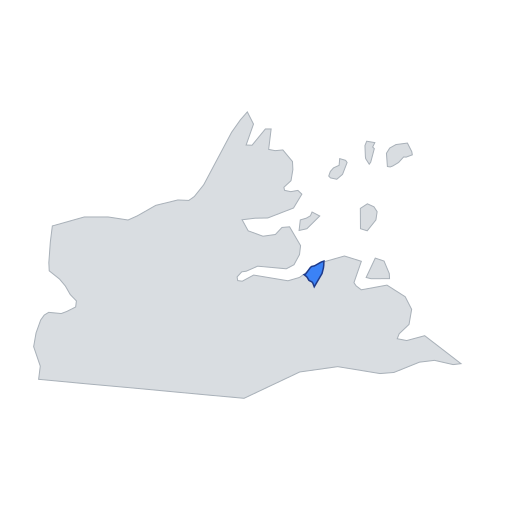 Bissau highlighted on a map of Guinea-Bissau, rotated 185°
{"feature_id": "GNB-769", "entity_name": "Bissau", "entity_type": "Autonomous Sector", "adm_level": 1, "iso_a3": "GNB", "parent_name": "Guinea-Bissau", "parent_adm1": "", "projection": "natural_earth1", "projection_center": [-15.605, 11.885], "detail": "fine", "context": "in_parent", "style": "filled", "palette": "blue", "viewbox_px": 512, "rotation_deg": 185, "n_neighbors": 0, "source": "natural_earth", "source_scale": "10m", "svg_char_len": 2329}
<svg xmlns="http://www.w3.org/2000/svg" viewBox="0 0 512 512"><g transform="rotate(185 256 256)"><path d="M42.4,166.6L50.1,165.0L69.1,167.6L83.9,164.5L94.3,159.2L108.5,152.0L122.2,149.7L165.0,152.9L202.3,144.3L230.0,128.1L255.5,113.2L288.6,113.3L324.1,113.5L374.6,113.8L414.6,113.9L461.8,114.2L461.3,127.5L469.6,146.3L468.4,160.2L464.9,173.5L461.8,178.7L457.6,181.8L445.0,181.7L439.6,184.3L431.2,189.5L431.0,195.6L437.7,201.4L443.3,209.5L449.7,215.9L460.7,223.2L461.8,231.4L462.1,252.1L461.5,268.2L430.5,279.9L406.7,282.0L386.6,280.7L377.8,285.6L360.3,297.7L338.8,305.0L327.8,305.5L322.6,309.9L314.3,322.4L291.1,377.1L283.4,390.3L277.2,398.8L270.0,387.2L275.5,365.7L269.6,366.0L257.7,383.4L252.0,383.9L252.7,363.3L246.1,362.6L238.5,364.0L227.9,353.3L226.8,345.3L227.7,334.1L234.2,326.9L233.3,323.9L227.0,323.1L220.0,325.0L215.7,321.6L222.8,307.1L247.6,294.9L260.1,293.6L273.0,290.9L266.0,280.4L250.8,276.3L238.6,279.1L232.6,286.7L225.1,288.0L212.5,270.2L212.8,261.2L217.4,250.6L224.7,245.9L253.5,246.0L264.4,240.0L268.8,239.0L273.0,233.5L272.1,229.9L267.5,229.7L256.7,236.8L222.0,234.1L210.9,238.4L191.6,254.7L167.9,263.7L150.6,259.9L156.1,238.0L153.7,235.0L148.2,231.5L123.0,238.4L103.8,228.4L96.3,216.4L97.6,201.2L106.6,191.0L108.1,185.9L98.5,184.9L81.0,191.3L42.4,166.6ZM126.3,379.2L115.0,381.7L109.9,373.5L109.1,370.4L115.0,367.6L117.6,367.5L122.1,361.6L127.6,357.6L130.1,356.4L132.9,356.6L135.0,369.7L132.2,375.2L126.3,379.2ZM156.2,312.5L149.6,317.7L142.8,315.3L139.2,310.7L139.7,302.4L147.4,290.8L154.3,292.3L156.2,312.5ZM144.4,244.2L137.0,264.3L128.0,262.1L121.7,250.1L121.0,245.1L139.4,243.4L144.4,244.2ZM181.1,353.6L181.1,360.3L175.1,359.1L173.4,357.1L176.9,344.9L182.2,339.5L188.6,340.3L190.5,342.0L189.3,346.7L186.5,350.5L181.1,353.6ZM205.3,300.8L204.0,304.7L196.0,301.4L207.7,287.6L215.3,285.2L215.0,295.8L209.1,298.1L205.3,300.8ZM157.1,375.5L155.7,380.0L147.5,379.3L149.3,374.7L147.5,373.3L149.9,359.5L151.2,357.3L155.2,362.5L155.7,364.6L157.1,375.5Z" fill="#d9dde1" stroke="#a8b0b8" stroke-width="1"/><path d="M206.4,241.6L205.9,241.8L205.0,242.4L200.8,249.3L199.7,250.4L196.9,251.3L190.6,255.6L187.9,256.9L187.7,252.7L187.8,249.9L188.7,244.3L195.3,230.4L197.0,233.9L197.5,234.5L198.3,235.2L200.0,235.8L201.2,236.4L203.0,239.0L203.8,239.8L206.4,241.6Z" fill="#3b82f6" stroke="#1e3a8a" stroke-width="1.5"/></g></svg>